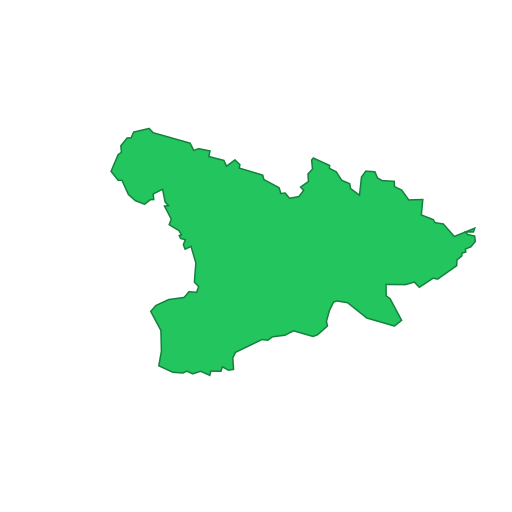 Negotino, Negotino, North Macedonia, rotated 124°
{"feature_id": "65306769B63258214258120", "entity_name": "Negotino", "entity_type": "district", "adm_level": 2, "iso_a3": "MKD", "parent_name": "North Macedonia", "parent_adm1": "Negotino", "projection": "albers", "projection_center": [22.101, 41.515], "detail": "fine", "context": "isolated", "style": "filled", "palette": "green", "viewbox_px": 512, "rotation_deg": 124, "n_neighbors": 0, "source": "geoboundaries", "source_scale": "gbopen_adm2", "svg_char_len": 1835}
<svg xmlns="http://www.w3.org/2000/svg" viewBox="0 0 512 512"><g transform="rotate(124 256 256)"><path d="M131.6,212.7L147.7,204.2L147.2,215.3L143.7,218.7L145.3,227.4L141.3,236.6L142.3,244.1L139.8,245.6L142.7,263.3L145.4,263.5L152.3,257.8L158.9,258.8L164.9,254.2L173.9,257.6L175.0,253.2L182.7,253.7L189.4,260.5L187.5,267.1L190.3,270.4L186.5,275.0L188.2,292.2L185.2,295.7L192.5,319.1L189.3,320.4L188.1,327.2L198.0,330.7L194.7,336.1L199.9,350.7L194.6,352.9L199.1,363.6L203.3,366.6L199.3,373.7L211.3,410.1L210.0,415.9L221.6,426.7L227.8,425.6L230.2,428.8L240.2,429.7L245.4,425.5L248.9,427.0L266.9,423.5L270.3,412.6L268.2,409.4L276.4,396.1L277.6,387.0L275.4,377.3L268.3,375.0L266.4,372.3L262.1,375.9L252.9,370.8L262.1,361.5L263.1,356.7L265.8,359.8L272.8,346.8L278.6,345.5L278.0,334.0L280.2,329.6L282.0,331.1L283.6,328.3L282.0,323.7L287.2,322.6L290.0,318.6L284.4,315.2L295.4,302.0L312.1,292.5L313.4,286.5L319.3,284.9L323.1,291.6L330.5,292.4L341.0,304.1L353.0,311.3L360.8,312.3L370.9,293.2L387.8,281.2L401.4,275.2L398.9,259.9L393.9,251.2L390.2,249.0L389.1,242.6L382.5,237.4L380.8,227.5L376.7,229.1L371.2,220.6L366.7,221.9L366.1,215.1L362.6,211.2L353.4,218.3L347.3,219.1L322.0,204.4L319.2,199.1L313.8,197.2L305.5,187.7L297.1,183.1L290.8,163.7L286.8,160.9L274.1,157.6L270.7,161.1L259.9,164.7L250.8,165.9L248.0,163.7L243.5,153.9L245.5,129.5L236.7,102.1L227.9,99.3L216.4,121.0L216.3,125.7L206.9,132.3L196.1,116.0L189.1,110.2L190.6,103.1L175.3,96.7L173.6,92.5L151.8,84.2L147.0,87.2L140.9,85.4L138.4,86.8L135.5,84.3L133.1,86.3L128.3,83.0L121.3,82.3L117.2,85.9L119.9,92.6L118.9,95.7L114.5,89.2L110.6,90.2L128.9,102.5L124.7,118.7L128.3,126.3L126.7,129.3L129.5,141.9L115.9,149.3L124.1,160.7L119.9,172.0L121.0,180.0L116.8,183.1L123.0,193.7L123.3,199.0L119.7,204.5L124.2,212.4L131.6,212.7Z" fill="#22c55e" stroke="#15803d" stroke-width="1.5"/></g></svg>